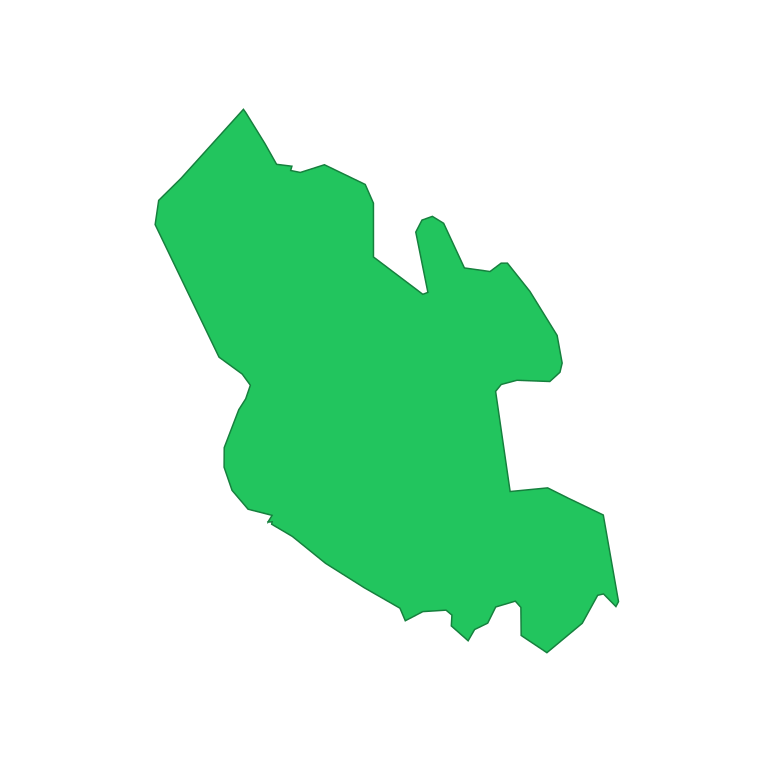 an SVG outline of North Lincolnshire, rotated 255°
{"feature_id": "GBR-2057", "entity_name": "North Lincolnshire", "entity_type": "Unitary Authority", "adm_level": 1, "iso_a3": "GBR", "parent_name": "United Kingdom", "parent_adm1": "", "projection": "albers", "projection_center": [-0.607, 53.583], "detail": "fine", "context": "isolated", "style": "filled", "palette": "green", "viewbox_px": 768, "rotation_deg": 255, "n_neighbors": 0, "source": "natural_earth", "source_scale": "10m", "svg_char_len": 1046}
<svg xmlns="http://www.w3.org/2000/svg" viewBox="0 0 768 768"><g transform="rotate(255 384 384)"><path d="M280.6,236.1L286.1,241.9L298.2,220.3L320.6,209.7L345.0,208.0L363.9,213.2L396.8,237.1L405.5,246.6L417.4,254.6L430.3,249.6L452.6,231.6L597.2,204.2L619.7,213.9L635.2,241.2L685.7,319.3L682.0,320.7L647.0,331.2L624.0,337.1L618.2,351.4L614.4,349.1L610.0,357.9L611.2,383.2L581.6,417.5L561.4,420.6L509.4,406.7L460.6,444.7L461.1,450.1L522.5,454.0L532.5,463.1L533.4,474.1L523.8,483.2L475.3,491.7L465.2,515.5L470.4,528.4L468.8,534.5L435.7,548.9L386.1,563.8L358.1,561.5L349.8,557.0L343.5,544.8L353.2,513.4L353.2,497.1L348.0,489.9L247.5,478.0L241.3,515.2L226.2,532.2L200.7,561.9L113.1,554.2L109.0,550.4L124.4,541.7L124.6,535.7L101.6,513.6L82.3,471.8L105.6,451.4L132.8,458.4L140.3,454.6L139.7,434.2L126.2,422.3L123.4,408.0L114.2,398.8L132.9,386.4L143.2,389.8L149.5,385.4L154.1,362.6L149.8,343.3L163.3,341.4L192.3,312.2L225.8,281.2L260.5,256.0L277.6,239.2L279.8,240.3L280.7,236.1L280.6,236.1Z" fill="#22c55e" stroke="#15803d" stroke-width="1.5"/></g></svg>